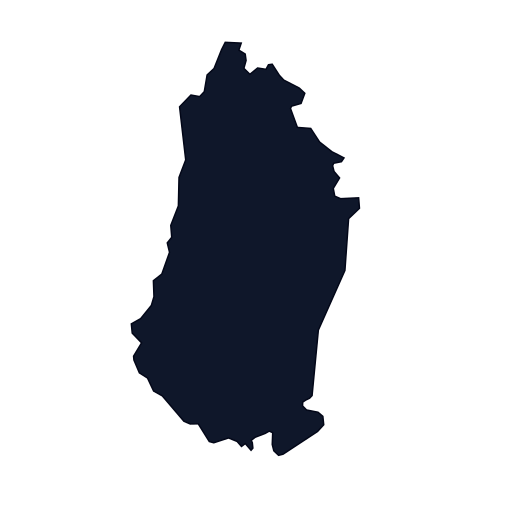 the Administrative County of West Sussex, rotated 294°
{"feature_id": "GBR-2748", "entity_name": "West Sussex", "entity_type": "Administrative County", "adm_level": 1, "iso_a3": "GBR", "parent_name": "United Kingdom", "parent_adm1": "", "projection": "mercator", "projection_center": [-0.467, 50.946], "detail": "fine", "context": "isolated", "style": "filled", "palette": "ink", "viewbox_px": 512, "rotation_deg": 294, "n_neighbors": 0, "source": "natural_earth", "source_scale": "10m", "svg_char_len": 1326}
<svg xmlns="http://www.w3.org/2000/svg" viewBox="0 0 512 512"><g transform="rotate(294 256 256)"><path d="M350.9,326.1L341.7,331.1L327.8,325.4L279.0,343.1L213.7,343.1L151.3,364.0L147.9,362.8L144.7,360.1L141.5,358.1L138.0,359.5L135.9,364.8L138.5,376.2L136.7,382.3L129.4,386.5L120.7,383.6L85.9,361.3L83.1,357.7L85.3,351.5L90.4,347.5L101.4,343.1L101.4,339.3L97.6,336.5L90.1,329.0L85.7,326.6L83.9,328.6L79.2,331.3L76.5,330.5L80.3,322.5L76.1,320.2L78.9,314.2L78.6,304.9L68.2,293.4L67.5,288.8L79.2,271.5L75.8,264.2L75.7,257.4L90.1,227.3L91.0,217.4L100.4,206.5L101.8,197.0L111.3,186.8L114.7,184.9L130.1,186.8L135.2,174.3L143.3,169.7L151.9,176.1L168.3,180.5L177.4,179.3L191.7,172.3L201.2,177.3L224.2,175.5L231.9,169.6L238.8,171.4L249.3,165.7L270.2,164.7L296.5,153.7L315.2,152.7L361.2,125.5L376.6,131.1L378.7,139.7L385.1,141.9L401.5,137.7L410.2,141.4L430.6,140.6L438.7,141.0L444.5,155.9L437.1,156.6L436.1,164.0L430.6,167.4L422.5,168.6L419.5,176.5L428.4,181.0L430.6,189.2L435.8,189.6L437.8,192.8L430.6,203.8L428.0,209.8L427.0,227.3L424.5,234.4L413.7,235.1L407.3,227.5L404.8,227.5L390.3,241.5L394.8,254.1L386.0,267.7L382.1,283.1L381.8,289.8L381.5,294.5L381.4,296.5L376.9,295.7L372.3,289.2L369.6,289.3L365.0,292.9L361.3,300.6L349.2,299.1L342.7,303.6L342.8,310.0L350.9,326.1Z" fill="#0f172a" stroke="#020617" stroke-width="1.5"/></g></svg>